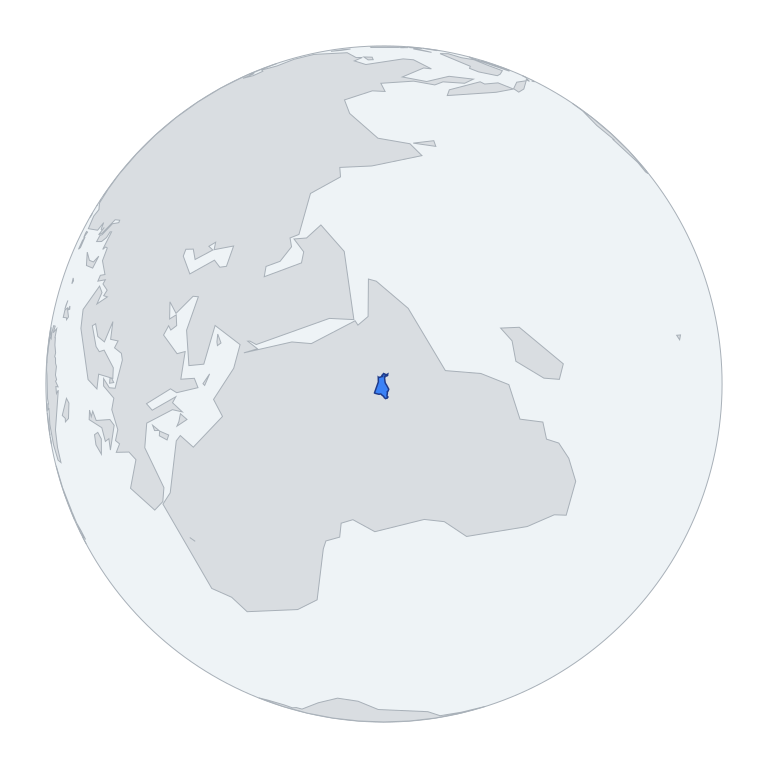 globe centered on Eastern Equatoria, rotated 286°
{"feature_id": "SDS-892", "entity_name": "Eastern Equatoria", "entity_type": "State", "adm_level": 1, "iso_a3": "SSD", "parent_name": "South Sudan", "parent_adm1": "", "projection": "orthographic", "projection_center": [34.12, 4.76], "detail": "fine", "context": "on_globe", "style": "filled", "palette": "blue", "viewbox_px": 768, "rotation_deg": 286, "n_neighbors": 0, "source": "natural_earth", "source_scale": "10m", "svg_char_len": 8509}
<svg xmlns="http://www.w3.org/2000/svg" viewBox="0 0 768 768"><g transform="rotate(286 384 384)"><circle cx="384" cy="384" r="338" fill="#eef3f6" stroke="#a8b0b8"/><path d="M215.0,91.4L197.7,102.1L181.9,114.1L176.6,118.2L168.5,123.8L169.1,123.2L191.4,106.3L215.0,91.4ZM152.5,137.8L154.3,136.1L149.5,140.7L148.2,141.9L152.5,137.8ZM47.8,350.1L48.1,361.5L48.0,376.7L47.5,385.2L48.8,388.9L48.9,394.8L59.4,408.6L69.2,425.9L71.9,446.5L69.5,468.2L81.1,516.5L80.6,529.3L89.7,548.6L101.8,569.9L88.5,548.0L76.9,525.1L67.1,501.4L59.1,477.0L53.0,452.1L48.8,426.9L46.5,401.3L46.2,375.7L47.8,350.1ZM483.2,61.0L482.6,60.8L481.9,60.6L483.2,61.0ZM641.4,165.1L643.3,167.4L645.8,170.3L661.5,191.2L662.6,192.8L653.9,180.8L649.9,175.9L644.5,169.1L646.6,173.7L639.0,164.2L644.4,173.4L651.2,181.3L652.1,179.9L660.1,193.3L671.3,208.0L681.5,225.8L692.3,257.3L690.1,267.2L691.9,273.2L686.4,266.4L686.1,278.5L701.8,312.8L703.8,323.0L700.0,342.7L698.7,335.0L684.2,317.0L686.5,341.6L697.7,361.7L701.7,385.9L695.3,378.6L690.7,357.4L685.5,350.4L683.3,329.0L672.2,298.1L665.5,304.4L662.6,292.0L646.2,267.7L634.6,276.4L618.6,310.4L622.1,342.7L614.0,357.5L590.2,312.1L580.0,281.8L571.1,285.1L546.9,260.8L504.3,261.0L498.5,253.4L490.4,257.3L473.3,250.3L464.5,238.2L454.1,239.3L477.7,271.3L488.9,270.4L498.6,257.5L503.0,269.3L519.5,279.5L500.5,309.2L437.6,337.3L432.0,313.4L386.7,250.3L388.3,243.3L388.1,242.6L387.6,241.2L383.0,252.6L375.3,240.7L399.0,283.8L402.8,303.0L436.8,338.8L433.4,342.7L444.5,350.1L480.6,340.1L480.7,348.2L463.4,386.4L413.8,439.3L420.8,474.3L417.8,504.2L387.7,524.4L391.2,547.2L375.8,555.4L375.4,568.3L363.5,582.1L343.3,595.1L308.1,595.3L305.2,583.7L286.5,561.0L260.2,505.4L268.3,479.9L264.9,460.0L239.5,415.9L245.0,391.5L238.4,381.2L224.6,383.6L217.1,371.4L208.8,371.1L158.1,379.2L143.4,363.2L127.4,315.2L137.0,296.4L140.0,274.8L207.6,204.6L220.5,208.5L272.1,200.0L278.3,202.4L270.7,218.1L308.3,237.7L322.2,224.4L357.7,235.2L382.2,234.8L393.7,205.5L353.4,205.3L347.9,191.4L381.3,179.4L416.7,181.5L415.7,176.3L394.6,164.6L404.0,155.6L387.4,160.0L393.2,165.2L383.0,168.6L377.1,164.2L380.6,160.9L370.3,158.6L356.1,176.7L360.4,183.9L332.6,187.4L337.2,200.1L329.2,206.2L318.5,187.1L320.5,180.1L299.6,161.1L294.9,168.4L314.4,187.4L307.7,185.9L301.6,197.8L301.0,187.7L281.0,166.7L256.8,171.6L223.7,201.0L210.0,203.8L199.6,198.4L213.9,169.1L242.9,166.4L248.3,157.6L244.5,145.5L253.6,146.3L255.6,141.5L266.7,140.7L284.3,129.4L295.9,128.2L304.8,115.0L311.9,113.0L304.7,121.0L305.8,126.7L334.9,125.9L341.1,123.1L344.5,115.0L352.1,116.5L351.6,108.9L369.3,106.2L347.4,103.6L350.8,95.8L362.4,90.2L359.6,87.6L340.6,96.9L336.6,101.4L339.4,105.6L325.0,119.3L314.6,121.8L314.8,107.0L300.1,109.4L306.7,98.3L354.0,77.3L372.7,74.2L399.7,83.6L394.2,87.7L381.8,86.0L391.5,94.1L391.6,90.2L397.9,92.0L402.7,86.3L407.4,87.4L404.0,80.6L410.3,81.4L412.3,85.6L424.9,79.4L438.5,80.5L439.0,78.7L435.8,76.5L455.2,80.2L454.8,78.8L448.3,76.9L443.1,73.2L441.7,68.5L448.5,70.0L449.9,71.9L463.2,78.8L466.0,84.6L468.6,84.8L467.8,80.3L451.6,71.7L448.8,68.5L457.4,72.0L454.0,70.5L454.8,69.4L461.9,70.1L452.9,66.3L451.8,57.0L465.4,58.7L473.1,61.9L479.5,60.6L494.3,64.9L488.3,62.8L487.5,62.3L512.6,71.5L536.9,82.7L560.3,95.7L582.6,110.6L603.6,127.2L623.3,145.4L641.4,165.1ZM182.9,239.6L180.7,245.9L182.9,239.6ZM453.7,200.1L475.2,201.4L466.3,183.7L473.9,183.1L468.1,177.7L465.6,182.5L451.6,168.1L461.1,163.5L458.9,156.4L451.6,155.8L436.3,167.0L456.3,186.9L451.0,194.0L453.7,200.1ZM160.3,132.4L152.3,140.0L156.9,135.3L153.1,138.3L157.9,133.0L174.3,120.0L166.0,126.5L160.3,132.4ZM255.5,119.7L258.6,122.2L253.3,127.4L238.6,131.7L246.1,123.9L255.5,119.7ZM264.2,124.8L268.5,110.4L277.8,108.1L271.9,111.6L277.6,111.5L269.6,117.4L274.3,130.3L269.9,136.0L245.1,139.2L255.6,134.6L252.0,132.0L264.2,124.8ZM263.1,87.1L265.1,83.4L282.7,82.7L278.8,86.4L263.9,90.2L259.8,88.2L263.1,87.1ZM271.9,65.2L266.2,67.3L264.9,67.8L271.9,65.2ZM263.3,68.4L251.9,73.2L242.6,77.1L248.1,74.6L263.3,68.4ZM241.3,77.7L234.4,81.0L235.2,80.6L241.3,77.7ZM349.0,52.0L342.1,51.9L347.0,54.1L337.3,55.0L338.4,55.2L330.8,56.9L323.6,59.7L319.4,60.0L318.4,61.1L313.3,62.6L310.5,64.3L302.0,65.7L297.9,68.1L296.2,67.5L291.4,71.5L291.1,69.3L284.5,71.8L288.3,72.6L249.1,80.9L232.9,87.7L219.5,95.1L220.9,91.7L234.3,83.2L253.1,73.9L268.5,68.5L266.3,68.5L273.0,66.2L271.9,67.2L277.6,64.4L282.9,62.8L299.6,57.6L304.6,55.7L310.8,54.2L311.5,54.2L317.2,52.8L322.7,52.1L327.3,51.2L337.3,50.2L335.9,51.6L341.2,50.6L349.0,50.4L349.0,52.0ZM334.5,49.7L333.7,49.9L345.3,48.3L345.9,48.6L340.9,49.7L325.6,51.2L320.6,52.1L316.2,53.0L334.5,49.7ZM286.4,196.6L291.3,197.2L299.3,196.5L295.6,204.4L286.4,196.6ZM272.3,182.3L276.9,181.3L275.6,191.1L270.4,190.9L272.3,182.3ZM280.6,172.9L277.3,180.5L276.0,176.3L280.6,172.9ZM309.1,120.0L314.2,119.0L314.3,120.8L310.9,123.8L309.1,120.0ZM361.5,62.2L358.3,61.1L360.1,60.5L359.6,57.3L366.8,56.9L369.9,58.7L361.5,62.2ZM386.2,210.4L378.5,216.0L375.0,213.3L378.4,211.8L386.2,210.4ZM334.4,209.9L345.7,213.6L333.2,212.0L334.4,209.9ZM369.2,61.3L368.2,59.9L372.4,60.6L369.2,61.3ZM372.0,56.6L377.2,57.1L367.6,56.6L372.0,56.6ZM511.5,651.9L512.9,655.5L508.0,656.0L511.5,651.9ZM475.8,498.4L452.8,550.8L436.8,551.3L433.7,536.1L442.2,504.5L460.8,495.2L469.9,480.7L475.8,498.4ZM715.9,442.4L716.3,443.9L716.0,445.5L715.9,442.4ZM715.7,436.9L716.8,437.4L715.0,440.4L715.7,436.9ZM717.0,437.6L718.0,434.6L718.5,432.0L718.0,435.3L717.0,437.6ZM714.7,437.1L706.1,437.1L701.7,433.1L703.6,427.2L710.7,428.4L714.7,437.1ZM703.2,427.1L695.3,411.3L678.7,365.3L684.8,365.7L701.0,393.1L700.1,398.1L704.9,410.6L703.2,427.1ZM718.9,396.4L717.8,411.4L713.9,410.3L711.6,408.0L710.1,388.9L711.0,379.2L713.2,379.4L717.0,346.8L719.2,354.7L719.0,368.3L720.5,381.2L718.9,396.4ZM623.6,345.7L631.6,364.8L626.7,368.3L623.6,345.7ZM715.2,324.4L715.9,338.3L714.2,319.8L715.2,324.4ZM712.2,307.2L713.9,314.2L711.9,307.4L712.2,307.2ZM694.9,282.5L692.8,284.2L691.2,279.4L692.8,274.5L694.9,282.5ZM689.2,241.3L695.1,254.9L696.8,259.5L693.0,251.2L689.2,241.3ZM429.0,62.4L421.7,66.7L421.2,71.0L428.3,74.6L415.1,72.0L415.9,65.3L429.0,62.4ZM448.3,57.2L441.9,55.0L446.6,55.5L448.7,56.1L448.3,57.2ZM443.0,56.1L431.6,54.6L429.3,53.2L438.8,54.6L443.0,56.1ZM400.3,56.0L397.7,57.1L394.3,56.3L400.3,56.0ZM662.2,575.8L659.0,579.9L660.0,576.9L666.9,566.9L682.1,536.9L682.4,537.5L691.1,517.4L701.7,498.9L705.7,487.5L697.3,510.7L687.2,533.3L675.5,555.0L662.2,575.8ZM721.8,377.0L721.1,384.5L721.3,393.8L721.9,388.0L721.4,396.5L720.7,412.0L720.2,417.8L721.1,401.0L719.7,418.2L719.3,417.9L720.0,403.1L721.0,385.2L721.3,377.9L721.8,375.7L721.8,377.0ZM719.7,345.6L718.8,338.3L719.0,342.9L717.4,328.6L719.7,345.6ZM716.5,324.0L716.9,328.0L715.4,318.4L716.5,324.0ZM716.1,324.0L714.4,315.7L715.0,316.9L716.1,324.0ZM716.4,323.3L716.6,324.4L714.4,313.3L716.4,323.3ZM709.9,297.4L713.9,310.9L711.5,305.0L703.9,278.7L704.3,278.1L709.9,297.4ZM477.0,59.1L476.1,58.9L477.0,59.1ZM464.0,55.7L467.8,56.7L463.8,55.7L463.0,55.4L464.0,55.7Z" fill="#d9dde1" stroke="#a8b0b8" stroke-width="1"/><path d="M390.7,379.7L390.8,379.7L390.7,379.8L390.6,380.0L390.9,380.4L390.9,380.5L391.0,380.5L391.3,380.4L391.6,380.1L391.8,380.0L392.0,380.1L392.3,380.2L392.5,380.4L392.8,380.4L393.0,380.3L393.6,380.6L393.9,380.7L393.8,381.0L393.7,381.1L393.9,381.5L393.9,381.8L393.6,382.1L393.6,383.4L393.6,383.7L393.8,384.0L394.6,384.8L394.2,384.8L393.8,384.8L393.7,384.5L393.4,384.6L393.3,384.8L393.3,385.0L392.8,384.8L392.5,384.3L392.2,383.9L392.5,383.1L392.1,383.0L391.5,383.0L391.7,382.6L391.6,382.4L391.1,382.7L390.7,382.9L390.6,382.7L390.2,382.8L389.7,383.0L389.2,383.2L388.7,383.4L388.3,383.6L387.8,383.8L387.2,384.0L386.8,384.2L386.4,384.4L386.0,384.6L385.5,384.8L384.9,385.4L384.3,386.0L383.8,386.6L383.2,387.2L382.7,387.7L382.2,388.2L381.5,388.8L381.0,389.4L380.5,389.8L380.3,390.0L380.0,390.0L379.1,389.9L378.6,389.9L378.4,389.9L377.5,389.2L377.4,389.2L376.9,389.5L376.5,389.7L376.0,389.8L375.0,389.9L374.0,390.0L373.7,390.1L372.6,390.7L372.6,390.8L372.6,391.1L372.6,391.3L372.4,391.3L372.1,391.3L372.0,391.2L371.9,391.1L371.8,390.9L371.7,390.9L371.2,390.9L371.1,390.7L371.0,390.3L370.9,390.2L370.5,389.7L370.4,389.6L370.5,389.3L370.9,388.2L371.0,388.0L371.1,387.9L371.7,387.4L371.9,387.2L372.1,387.0L372.2,386.8L372.4,385.9L373.0,384.7L373.3,384.2L373.5,383.8L373.5,383.6L373.4,383.4L373.4,383.2L372.9,382.4L372.8,382.2L372.7,381.6L372.6,377.9L372.8,377.3L384.4,378.0L389.0,376.6L388.9,376.8L388.9,377.0L389.0,377.1L389.0,377.3L389.0,377.5L389.5,378.3L389.6,378.5L389.7,378.8L390.0,379.1L390.5,379.4L390.7,379.6L390.7,379.7Z" fill="#3b82f6" stroke="#1e3a8a" stroke-width="1.5"/></g></svg>